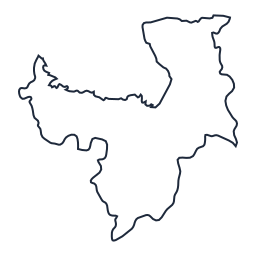 the border of Ryanggang
{"feature_id": "PRK-3314", "entity_name": "Ryanggang", "entity_type": "Province", "adm_level": 1, "iso_a3": "PRK", "parent_name": "North Korea", "parent_adm1": "", "projection": "albers", "projection_center": [127.851, 41.225], "detail": "fine", "context": "isolated", "style": "outline", "palette": "slate", "viewbox_px": 256, "rotation_deg": 0, "n_neighbors": 0, "source": "natural_earth", "source_scale": "10m", "svg_char_len": 4435}
<svg xmlns="http://www.w3.org/2000/svg" viewBox="0 0 256 256"><path d="M213.5,15.4L223.3,15.8L230.0,17.5L229.8,18.7L228.6,21.7L226.8,23.7L222.3,26.5L220.4,28.7L219.3,31.4L218.5,32.6L217.5,33.5L216.1,33.6L213.5,32.5L212.1,32.9L212.4,35.9L212.7,37.2L214.0,40.8L214.3,41.9L214.5,43.2L214.6,45.5L214.7,46.8L215.2,47.7L216.0,47.9L218.5,47.0L219.4,47.1L220.2,48.2L220.3,49.7L219.8,53.3L219.6,55.2L219.7,59.9L220.0,61.7L220.6,63.2L222.1,65.8L222.3,67.4L221.7,69.2L220.5,70.6L219.7,71.9L220.2,73.5L221.6,74.3L227.0,74.8L229.7,76.6L232.3,79.9L233.9,83.8L234.1,87.6L232.1,91.1L229.1,93.7L226.5,96.5L225.4,100.9L226.2,105.5L227.9,109.8L232.4,117.1L233.7,118.6L235.1,119.9L236.4,121.4L237.0,123.5L236.6,125.7L234.4,129.3L233.7,131.2L234.2,135.2L235.9,138.9L237.0,142.5L235.7,146.2L232.8,142.8L228.9,140.5L218.1,135.6L216.5,135.2L215.0,135.3L212.5,136.1L211.3,136.2L207.0,134.8L205.4,135.0L205.1,136.7L205.2,138.4L205.1,140.7L204.8,143.0L204.4,144.7L203.1,146.2L198.9,147.7L197.2,148.8L196.1,150.6L194.2,154.4L193.0,156.1L190.0,157.7L186.4,157.9L182.6,157.6L179.3,157.8L177.6,159.8L178.2,163.5L179.5,167.7L180.3,171.3L180.0,173.6L178.8,178.2L178.4,180.6L178.2,185.5L177.9,187.9L177.3,190.3L176.6,191.9L175.0,194.6L174.4,196.3L173.9,201.5L173.4,203.1L172.2,204.9L167.3,209.1L165.8,210.9L161.7,217.3L159.0,220.0L156.0,220.4L153.0,219.0L150.4,216.4L149.1,215.4L147.6,215.0L146.0,215.1L137.9,218.0L136.4,219.2L135.4,220.8L134.7,222.6L134.1,224.8L133.2,226.9L131.9,228.7L122.4,236.3L115.7,240.1L113.8,240.6L112.6,240.3L112.0,238.9L111.8,236.3L111.9,232.6L112.3,231.0L113.1,229.3L115.1,227.1L115.7,226.0L116.0,224.1L115.7,222.2L115.3,220.7L115.3,219.3L116.4,217.7L117.1,216.3L115.8,215.7L112.5,215.6L111.2,215.3L110.1,214.9L109.2,214.1L108.4,212.7L107.8,210.5L107.1,205.5L106.2,203.5L105.0,202.4L103.8,201.8L102.6,201.0L101.5,199.4L97.3,191.9L96.8,190.3L96.3,186.6L95.7,184.9L94.2,183.5L92.4,183.0L91.0,182.3L90.8,180.6L91.7,179.1L93.1,177.7L99.5,172.6L101.2,169.5L100.9,166.0L98.4,161.9L97.9,160.3L99.3,159.5L102.4,159.3L103.9,158.7L105.1,157.7L105.9,156.1L106.3,154.2L107.0,149.0L107.1,144.6L105.8,141.2L102.1,139.4L95.2,137.9L92.4,139.0L90.8,143.0L90.3,145.7L89.7,148.0L88.5,149.7L86.5,150.4L82.2,150.0L78.0,149.0L78.1,146.1L78.0,142.5L77.5,139.0L76.6,136.4L74.4,134.8L71.4,134.7L68.4,135.8L66.1,137.4L64.6,139.4L63.6,141.5L62.3,143.3L60.2,144.6L58.8,144.7L54.8,143.6L51.6,143.2L50.3,142.7L44.4,138.7L42.5,137.0L41.2,134.3L40.7,130.5L40.3,128.8L39.2,127.4L38.0,125.9L37.9,125.0L38.3,124.2L38.6,122.8L37.9,120.7L34.5,117.8L33.5,115.1L32.8,110.4L32.3,108.1L31.6,105.8L29.8,102.7L29.5,101.8L29.8,100.9L31.2,99.4L31.4,98.4L30.9,97.2L29.9,96.8L28.8,96.9L27.9,97.1L24.2,98.7L22.4,98.8L20.5,97.2L19.8,95.7L19.2,93.6L19.0,91.4L19.3,89.7L20.4,88.3L21.8,88.0L24.7,88.4L26.5,88.0L27.5,86.9L28.2,85.3L29.2,83.5L30.8,82.2L32.6,81.4L34.2,80.2L35.1,78.2L35.2,77.0L35.0,76.1L34.4,74.1L34.0,71.0L34.0,67.8L34.7,63.6L36.3,60.0L38.2,56.5L38.5,55.7L41.9,58.6L42.9,58.4L43.3,60.3L45.5,63.8L46.3,65.6L44.6,65.3L43.5,65.9L43.1,67.3L43.5,69.3L44.4,70.7L46.0,71.7L49.1,73.0L48.8,73.6L48.3,74.9L50.0,75.2L55.3,77.4L56.7,78.7L54.5,79.6L52.3,80.8L50.4,82.7L49.0,85.2L49.7,85.3L50.6,85.5L51.4,86.0L52.0,87.3L52.8,87.0L54.2,86.1L55.2,86.4L55.7,87.1L56.1,87.7L56.6,88.0L57.4,87.4L58.8,84.6L59.5,84.1L61.0,84.8L63.3,86.6L64.7,86.9L65.6,86.7L66.4,86.2L67.1,86.2L67.8,86.9L67.9,87.9L67.3,88.7L66.4,89.4L65.8,89.7L67.5,90.5L69.4,91.2L73.4,91.6L74.4,91.5L76.2,90.7L77.0,90.6L78.0,91.0L78.7,91.7L79.3,92.3L79.7,92.6L81.9,92.8L83.5,92.1L85.0,91.2L86.7,90.7L88.5,91.2L90.2,92.2L92.0,92.7L93.8,91.7L93.9,94.8L95.4,96.3L99.3,97.3L102.7,99.7L103.5,100.2L104.4,99.7L105.5,97.9L106.0,97.8L108.8,98.9L118.5,99.2L121.1,98.3L123.0,99.6L125.1,100.0L126.7,99.2L127.4,96.9L128.4,95.9L130.7,95.2L134.8,94.6L137.9,97.4L139.0,96.9L139.8,95.9L140.7,94.6L141.8,96.0L141.9,98.5L141.7,100.9L142.1,102.4L143.0,102.7L144.0,102.4L145.7,101.4L145.4,104.4L147.1,105.8L149.6,105.7L151.2,104.3L152.7,105.1L151.2,107.1L155.5,107.4L159.6,103.6L169.9,84.4L171.5,79.1L169.4,76.1L169.2,73.7L168.0,70.9L166.1,68.6L163.4,67.4L159.5,64.2L156.7,61.6L156.3,58.6L155.2,55.8L150.3,46.5L149.7,43.9L146.3,42.8L145.3,40.9L144.5,38.7L142.5,27.1L142.6,25.0L143.9,23.1L146.0,22.5L150.6,22.4L167.0,17.7L177.3,18.5L179.7,19.3L181.8,21.0L186.5,20.7L190.0,22.4L191.4,22.6L195.6,20.9L196.6,21.1L197.7,21.9L198.7,21.4L200.1,19.3L201.1,18.3L202.1,17.8L209.7,18.4L212.4,17.8L213.5,15.4Z" fill="none" stroke="#1e293b" stroke-width="2"/></svg>